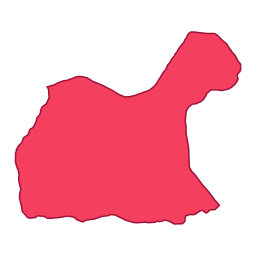 outline of Camotán, Chiquimula, Guatemala
{"feature_id": "79465075B72038924069090", "entity_name": "Camotán", "entity_type": "district", "adm_level": 2, "iso_a3": "GTM", "parent_name": "Guatemala", "parent_adm1": "Chiquimula", "projection": "orthographic", "projection_center": [-89.276, 14.868], "detail": "fine", "context": "isolated", "style": "filled", "palette": "rose", "viewbox_px": 256, "rotation_deg": 0, "n_neighbors": 0, "source": "geoboundaries", "source_scale": "gbopen_adm2", "svg_char_len": 2133}
<svg xmlns="http://www.w3.org/2000/svg" viewBox="0 0 256 256"><path d="M240.6,64.3L237.8,60.7L235.1,55.4L231.5,51.4L231.0,50.2L229.6,48.7L226.8,44.0L222.9,40.8L216.6,34.6L214.3,33.5L206.8,33.5L194.0,32.0L190.5,32.1L188.7,33.4L186.9,36.5L186.5,37.7L184.6,40.2L184.2,41.7L179.3,47.8L177.1,51.7L175.0,54.3L174.3,56.2L171.9,58.8L169.4,63.2L167.6,65.1L166.0,68.9L164.5,71.3L163.9,71.4L157.0,82.7L154.8,85.7L149.8,90.0L134.7,95.5L130.8,96.5L125.1,97.0L119.3,94.7L112.5,90.5L102.0,85.1L93.0,81.5L86.8,77.6L79.9,76.4L75.8,76.9L72.0,78.7L69.0,79.4L68.4,80.1L63.1,80.9L56.8,83.3L55.1,84.6L47.2,86.8L48.5,89.1L49.1,97.8L46.3,103.8L42.2,106.8L41.0,109.2L40.0,114.2L36.9,117.9L35.9,122.2L33.8,126.2L32.8,127.7L29.9,129.4L28.3,134.1L27.5,135.0L23.3,138.0L22.6,140.6L21.2,143.3L18.7,145.6L17.2,148.0L17.2,149.0L16.4,149.4L16.4,151.3L15.7,152.4L15.4,160.6L15.6,162.8L16.1,163.4L16.0,164.6L16.9,166.1L17.1,168.1L17.7,168.7L18.8,172.8L19.0,175.1L18.7,179.0L19.1,182.3L19.4,183.7L20.9,189.3L19.8,193.0L19.4,198.0L21.6,206.6L22.0,210.4L22.6,211.8L27.7,217.6L30.5,218.1L35.2,217.5L38.1,215.7L39.7,216.0L44.0,216.3L47.2,218.1L50.0,218.4L60.3,217.4L66.4,216.2L70.5,216.5L73.9,217.2L77.3,220.0L82.9,221.9L86.0,220.2L94.8,218.9L101.5,216.5L108.4,215.6L109.7,214.8L111.9,214.7L116.0,215.1L116.9,215.9L125.5,220.1L132.7,222.3L136.2,222.8L146.5,222.1L147.4,222.7L151.7,222.5L155.2,222.2L155.9,221.6L157.5,221.2L158.5,221.6L161.0,221.3L165.3,220.1L170.0,221.5L174.1,224.0L182.6,223.7L185.0,221.2L185.1,217.1L186.0,215.8L190.1,214.5L193.2,214.7L195.6,214.0L198.7,212.0L199.6,211.1L201.0,210.5L201.7,210.4L202.9,210.7L205.8,212.9L207.6,212.4L209.5,210.2L210.7,209.8L215.0,209.6L219.4,205.3L214.5,199.7L208.7,191.8L204.2,186.7L202.3,184.7L197.0,177.4L194.4,174.0L191.8,171.6L189.3,167.0L188.6,147.9L186.1,133.5L186.0,125.8L185.2,120.9L186.2,111.4L186.8,110.1L188.8,107.0L192.1,104.2L196.1,103.7L201.4,101.3L204.2,98.6L204.4,97.7L205.9,95.9L206.5,93.8L210.2,90.4L211.7,89.8L217.7,89.9L221.2,90.6L227.7,89.3L231.3,87.5L234.8,84.4L237.1,81.3L238.0,79.1L237.2,75.4L237.8,73.7L239.8,71.7L240.6,69.7L240.6,64.3Z" fill="#f43f5e" stroke="#9f1239" stroke-width="1.5"/></svg>